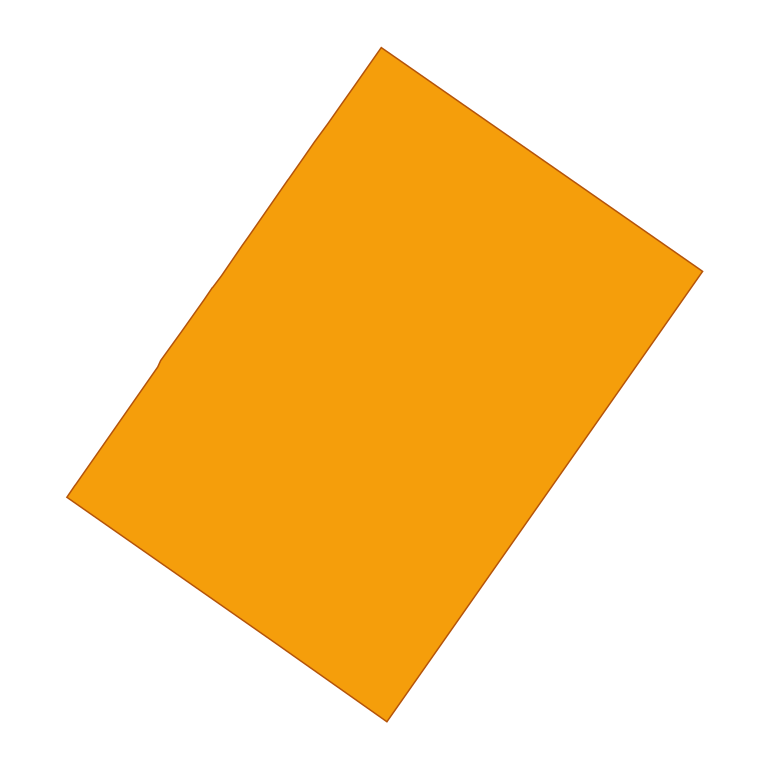 Dickinson, Iowa, United States of America, rotated 305°
{"feature_id": "52423323B9004969002795", "entity_name": "Dickinson", "entity_type": "district", "adm_level": 2, "iso_a3": "USA", "parent_name": "United States of America", "parent_adm1": "Iowa", "projection": "mercator", "projection_center": [-95.113, 43.378], "detail": "fine", "context": "isolated", "style": "filled", "palette": "amber", "viewbox_px": 768, "rotation_deg": 305, "n_neighbors": 0, "source": "geoboundaries", "source_scale": "gbopen_adm2", "svg_char_len": 495}
<svg xmlns="http://www.w3.org/2000/svg" viewBox="0 0 768 768"><g transform="rotate(305 384 384)"><path d="M658.0,188.8L657.7,188.8L634.8,188.8L611.8,188.8L588.7,188.7L565.4,188.7L542.5,188.2L519.6,188.3L496.9,188.3L496.0,188.2L425.8,188.5L416.8,188.4L379.3,188.8L365.0,188.3L364.3,188.1L349.8,188.3L309.7,188.1L275.1,187.6L268.2,188.9L124.4,189.1L123.8,189.0L109.3,189.2L109.5,441.4L109.0,580.1L659.0,580.4L658.7,442.7L658.0,188.8Z" fill="#f59e0b" stroke="#b45309" stroke-width="1.5"/></g></svg>